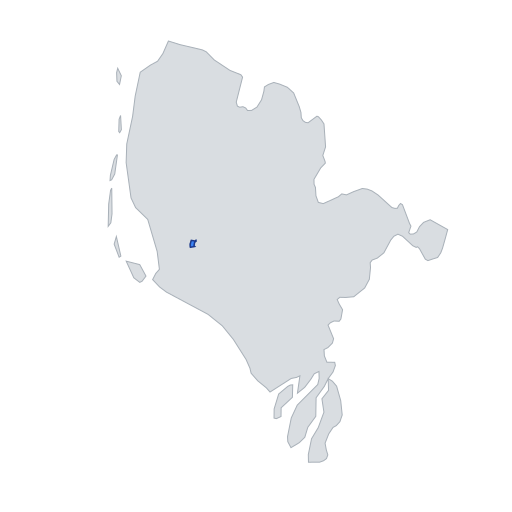 Stede Broec, Noord-Holland, Netherlands (highlighted), rotated 284°
{"feature_id": "6326949B50163313594410", "entity_name": "Stede Broec", "entity_type": "district", "adm_level": 2, "iso_a3": "NLD", "parent_name": "Netherlands", "parent_adm1": "Noord-Holland", "projection": "natural_earth1", "projection_center": [5.224, 52.697], "detail": "fine", "context": "in_parent", "style": "filled", "palette": "blue", "viewbox_px": 512, "rotation_deg": 284, "n_neighbors": 0, "source": "geoboundaries", "source_scale": "gbopen_adm2", "svg_char_len": 4080}
<svg xmlns="http://www.w3.org/2000/svg" viewBox="0 0 512 512"><g transform="rotate(284 256 256)"><path d="M328.0,435.6L318.1,435.4L308.7,435.1L303.8,434.5L298.5,432.6L296.1,428.6L293.1,423.9L293.9,421.0L302.7,412.8L304.0,410.5L303.1,409.3L303.9,405.6L310.6,393.4L311.5,388.4L308.5,385.0L304.1,382.9L290.0,379.3L283.3,374.2L280.2,369.7L277.1,368.4L272.5,369.9L260.8,371.6L251.3,369.2L240.1,360.7L237.5,353.1L236.2,347.3L233.4,345.3L229.6,348.3L224.8,353.0L215.4,353.6L212.8,352.5L212.3,349.9L211.8,347.4L209.2,344.3L206.4,342.6L194.5,351.3L190.0,351.2L184.5,347.9L181.7,344.6L175.6,346.5L170.1,350.5L171.9,358.1L168.9,359.5L162.1,358.8L154.5,355.7L145.9,353.8L133.0,348.6L114.9,352.8L102.3,347.7L91.9,347.2L85.4,343.2L78.5,336.3L83.5,331.8L88.3,330.3L107.4,329.4L121.3,332.1L146.2,347.0L152.5,346.9L159.2,345.0L155.8,341.0L149.6,339.0L140.3,335.0L132.9,329.4L150.4,327.6L148.0,324.7L145.7,319.8L127.4,302.5L130.6,297.9L135.3,287.9L141.1,279.6L145.6,277.3L153.2,271.4L169.6,254.2L180.1,240.2L187.8,223.5L199.3,177.8L202.6,170.0L208.1,161.4L214.9,163.0L219.7,165.5L236.5,159.0L265.3,142.1L273.8,127.5L282.1,120.7L315.2,107.4L333.4,103.5L361.6,102.5L381.9,100.1L406.3,99.2L415.7,107.4L421.2,113.4L429.9,116.7L443.4,119.0L442.7,130.8L443.0,154.1L442.1,158.3L436.1,168.1L429.8,185.8L428.2,197.5L426.3,199.7L400.5,199.6L396.9,201.7L396.4,204.2L397.7,207.2L397.1,210.2L395.1,212.6L396.2,216.5L400.7,220.9L408.9,223.6L417.6,223.8L422.1,223.3L425.4,226.5L428.7,231.3L428.5,237.4L427.3,245.6L423.3,253.1L411.4,261.8L406.1,264.9L401.1,266.5L398.7,268.8L397.6,271.7L397.9,274.3L406.4,281.3L406.2,282.9L403.8,286.5L400.6,290.0L378.7,297.1L369.7,296.5L364.5,300.1L362.9,300.8L357.2,297.5L344.4,293.7L339.6,295.0L336.9,297.1L328.9,299.6L323.1,303.5L323.1,308.6L333.4,321.6L337.0,324.2L337.2,329.0L342.1,335.2L347.2,342.8L347.8,347.7L347.2,352.7L344.7,359.7L335.9,376.1L335.8,379.2L336.5,381.6L339.6,382.3L341.9,383.5L341.2,385.7L324.7,397.1L322.5,399.1L315.6,398.5L314.5,400.4L315.5,403.5L318.2,406.2L324.1,407.6L329.2,410.5L333.3,416.2L328.0,435.6ZM154.5,355.7L153.0,360.4L149.2,365.7L136.1,373.2L122.6,378.1L115.6,377.5L110.8,374.9L108.3,372.2L101.0,369.6L91.1,368.3L84.9,371.1L80.4,373.8L76.5,373.4L73.7,371.1L71.4,367.7L68.6,356.8L76.0,354.8L92.1,354.1L104.5,357.9L120.9,359.7L133.4,354.5L143.2,358.9L154.5,355.7ZM127.6,311.4L137.1,318.3L139.1,320.5L139.9,322.8L127.7,325.5L114.8,317.1L106.3,319.1L103.1,315.1L103.1,312.7L112.0,310.6L127.6,311.4ZM219.5,145.3L209.9,154.1L204.0,151.6L202.3,149.6L205.3,142.7L219.6,131.3L219.5,145.3ZM262.1,106.1L253.1,107.1L249.0,105.4L270.8,100.5L284.5,99.0L287.0,99.6L262.1,106.1ZM320.5,97.1L301.4,99.1L295.0,97.5L293.9,96.1L299.1,95.2L315.4,95.0L320.4,96.3L320.5,97.1ZM241.1,115.8L223.2,124.9L221.7,123.5L233.2,115.5L241.1,115.8ZM398.3,81.7L389.4,82.1L391.9,78.8L400.2,76.4L404.7,76.4L398.3,81.7ZM359.6,90.6L346.0,94.8L342.7,93.9L343.6,92.7L355.5,90.1L359.6,90.6Z" fill="#d9dde1" stroke="#a8b0b8" stroke-width="1"/><path d="M255.5,189.4L255.4,189.4L255.2,189.4L254.9,189.4L254.7,189.4L254.4,189.4L254.2,189.3L253.9,189.3L253.7,189.3L253.4,189.3L253.2,189.3L252.9,189.3L252.7,189.3L252.4,189.3L252.3,189.2L252.2,189.2L251.9,189.2L251.8,189.3L251.7,189.3L251.4,189.3L251.2,189.3L250.9,189.3L250.7,189.4L250.6,189.5L250.4,189.5L250.2,189.6L249.8,189.7L249.6,189.8L249.4,189.8L249.2,189.9L249.0,190.0L248.9,190.1L248.7,190.1L248.6,190.3L248.7,190.5L248.8,190.6L248.8,190.8L248.9,191.0L249.0,191.1L249.1,191.3L249.2,191.5L249.3,191.7L249.3,191.8L249.4,192.0L249.5,192.2L249.5,192.3L249.6,192.5L249.7,192.8L249.8,192.9L249.9,193.2L250.4,194.2L250.5,194.0L250.5,193.9L250.5,193.7L250.8,193.5L250.8,193.4L251.0,193.4L251.4,193.4L251.5,193.4L251.8,193.3L252.0,193.3L252.3,193.3L252.5,193.3L252.6,193.2L252.8,193.2L253.0,193.2L253.3,193.2L253.5,193.2L253.8,193.2L254.0,193.2L254.4,193.1L254.5,193.2L254.6,193.3L256.0,194.3L256.7,193.9L255.7,193.1L255.7,192.9L255.7,192.6L255.7,192.0L255.7,191.9L255.7,191.7L255.7,191.4L255.6,190.9L255.6,190.4L255.6,190.2L255.6,189.9L255.6,189.7L255.5,189.4L255.5,189.4Z" fill="#3b82f6" stroke="#1e3a8a" stroke-width="1.5"/></g></svg>